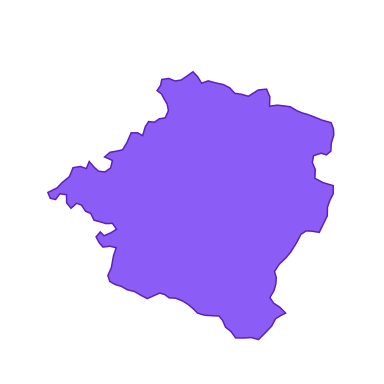 Santo Antônio do Grama, Minas Gerais, Brazil, rotated 20°
{"feature_id": "56859067B72216999102228", "entity_name": "Santo Antônio do Grama", "entity_type": "district", "adm_level": 2, "iso_a3": "BRA", "parent_name": "Brazil", "parent_adm1": "Minas Gerais", "projection": "robinson", "projection_center": [-42.611, -20.321], "detail": "fine", "context": "isolated", "style": "filled", "palette": "violet", "viewbox_px": 384, "rotation_deg": 20, "n_neighbors": 0, "source": "geoboundaries", "source_scale": "gbopen_adm2", "svg_char_len": 1929}
<svg xmlns="http://www.w3.org/2000/svg" viewBox="0 0 384 384"><g transform="rotate(20 192 192)"><path d="M299.0,79.3L289.3,80.0L281.8,79.7L273.5,79.6L268.3,80.0L262.7,79.7L255.1,78.3L248.6,79.7L242.5,81.2L235.5,84.8L232.6,76.0L226.9,69.8L219.4,73.4L215.9,78.0L212.3,82.7L204.8,83.3L198.4,84.6L191.9,81.2L184.7,80.3L176.6,81.4L169.2,82.0L163.8,86.5L158.1,81.9L151.8,78.7L146.8,85.9L143.5,90.5L138.0,93.5L131.4,93.2L125.1,96.6L126.0,102.5L124.5,108.7L129.8,110.3L134.3,114.3L138.6,117.9L142.0,123.6L141.5,131.4L136.2,134.4L132.9,139.2L127.1,140.7L125.8,146.6L126.3,155.9L120.6,155.0L114.6,157.2L114.0,167.5L112.3,176.1L107.3,179.3L101.4,182.7L97.9,189.0L106.4,189.6L107.3,197.2L103.4,202.9L97.1,204.4L91.3,202.1L85.0,198.5L84.7,206.1L78.4,206.2L71.9,209.8L71.6,219.4L66.7,227.6L63.8,234.3L56.7,241.7L61.0,246.4L66.4,245.7L68.4,238.8L75.0,237.5L77.9,245.1L83.9,248.7L87.4,242.1L92.7,242.1L98.5,246.5L104.2,246.8L109.5,252.0L116.6,251.4L122.0,251.1L128.0,248.7L133.8,252.8L129.8,258.0L124.3,263.2L119.4,260.9L117.2,267.0L122.3,271.5L127.2,274.2L133.5,271.0L139.8,270.3L140.0,278.6L142.1,290.7L141.5,299.3L145.4,304.2L151.5,305.2L158.0,304.9L164.7,306.0L172.1,305.2L179.2,306.5L186.4,307.5L191.9,302.2L196.2,298.0L201.5,297.7L206.8,299.3L212.8,297.4L220.2,297.6L226.8,299.0L233.1,301.3L238.6,303.9L246.0,303.5L253.8,301.2L259.8,299.3L264.7,302.2L269.8,307.6L276.4,309.8L282.9,314.2L291.0,311.3L297.5,308.5L305.0,307.9L309.3,298.6L312.7,290.8L313.9,282.4L317.6,277.8L321.4,273.8L313.9,270.2L306.8,268.6L301.3,264.5L302.8,256.4L302.2,249.5L300.4,243.5L296.7,238.5L298.7,229.9L302.7,221.9L305.3,214.7L307.6,203.9L308.8,194.6L312.5,189.6L317.6,187.9L325.4,186.4L326.2,178.4L327.3,168.3L324.5,159.9L324.4,152.5L325.3,145.3L322.5,137.7L311.9,138.4L302.8,137.1L300.1,128.6L295.0,123.2L293.8,116.3L300.1,111.4L305.7,111.1L308.5,106.1L306.2,98.5L305.7,89.9L303.3,84.2L299.0,79.3Z" fill="#8b5cf6" stroke="#5b21b6" stroke-width="1.5"/></g></svg>